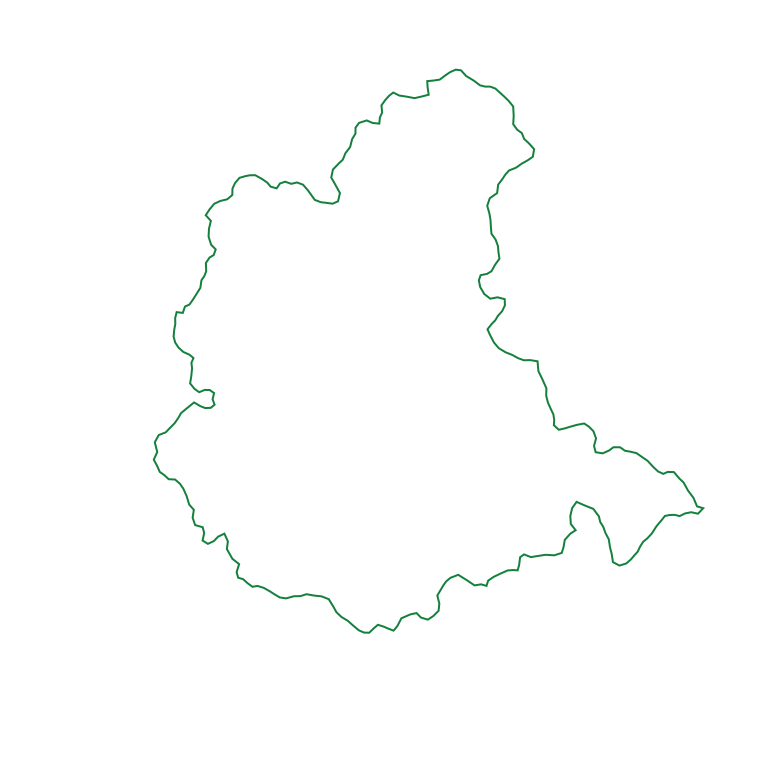 Frei Gaspar, Minas Gerais, Brazil, rotated 336°
{"feature_id": "56859067B78041749577880", "entity_name": "Frei Gaspar", "entity_type": "district", "adm_level": 2, "iso_a3": "BRA", "parent_name": "Brazil", "parent_adm1": "Minas Gerais", "projection": "robinson", "projection_center": [-41.496, -18.141], "detail": "fine", "context": "isolated", "style": "outline", "palette": "green", "viewbox_px": 768, "rotation_deg": 336, "n_neighbors": 0, "source": "geoboundaries", "source_scale": "gbopen_adm2", "svg_char_len": 4210}
<svg xmlns="http://www.w3.org/2000/svg" viewBox="0 0 768 768"><g transform="rotate(336 384 384)"><path d="M612.3,237.0L616.7,230.5L614.1,222.6L611.7,217.1L612.0,210.9L609.1,205.9L607.7,199.2L611.5,191.9L614.9,183.0L613.0,176.0L611.0,170.9L608.5,165.2L606.0,159.5L602.1,155.6L597.3,153.4L593.2,150.2L589.5,143.5L584.3,136.0L581.9,128.7L577.3,126.0L571.2,126.0L565.1,127.1L558.7,128.6L552.6,126.9L546.7,124.9L544.5,130.7L542.5,137.9L535.9,136.8L528.2,135.3L521.7,130.8L515.3,126.7L511.0,121.5L505.7,122.8L500.5,125.2L495.0,128.4L492.7,135.3L488.7,138.8L485.6,144.2L479.8,140.9L475.4,136.2L467.4,135.3L462.2,138.3L459.8,143.6L454.4,147.4L449.5,153.7L442.6,157.5L437.6,162.3L432.0,164.3L424.6,167.3L419.8,173.9L420.6,182.0L421.4,191.7L416.3,198.4L410.4,198.4L404.8,194.9L400.3,192.3L395.6,187.6L394.5,182.0L393.2,175.9L391.1,169.0L386.5,164.5L380.7,163.4L376.0,159.0L370.5,158.5L365.5,161.6L360.7,157.6L359.3,152.6L355.9,147.0L351.3,140.9L346.5,138.8L341.8,137.7L335.8,136.9L329.7,139.8L325.1,143.8L322.3,149.6L316.0,151.5L308.9,150.2L302.2,150.3L295.7,153.5L289.8,157.3L292.2,164.5L287.3,170.9L283.7,178.0L282.7,186.4L285.0,192.6L280.9,196.9L276.1,197.5L270.5,201.0L267.5,208.6L263.9,212.2L259.4,215.0L255.4,221.4L248.9,225.8L243.6,229.3L238.5,232.3L233.7,232.3L229.1,237.2L223.8,234.0L220.0,238.9L217.8,244.2L214.4,249.2L211.1,255.0L210.1,261.2L211.1,267.2L213.7,273.1L218.2,278.1L220.5,282.8L216.7,286.3L215.0,291.7L211.1,298.5L207.1,304.6L208.9,311.3L211.8,316.3L217.8,316.5L222.3,318.6L225.1,323.2L221.2,328.2L220.8,334.0L216.0,335.3L210.8,333.2L207.1,329.4L203.0,323.6L193.3,326.2L186.8,328.0L182.5,331.2L176.9,334.6L170.8,337.0L164.9,339.4L157.5,339.0L150.9,344.0L149.2,353.9L142.9,359.5L143.4,366.2L143.4,373.1L146.2,377.8L148.6,383.4L154.3,386.3L157.0,392.1L158.1,397.9L158.1,406.1L157.0,414.9L159.1,421.6L154.8,428.3L154.1,436.1L160.1,441.1L159.1,447.0L154.6,453.2L158.1,458.4L164.7,458.3L170.3,456.0L177.3,455.8L177.4,464.2L173.3,470.9L174.4,482.1L178.4,489.6L172.8,496.0L172.0,501.6L175.9,505.0L178.4,510.6L181.4,515.8L186.3,517.0L191.3,521.4L195.4,527.0L198.7,532.0L202.0,536.6L207.3,540.0L215.5,541.3L221.4,543.8L227.7,544.5L234.0,548.8L240.6,552.6L246.0,558.1L247.2,566.9L247.7,573.0L250.3,579.4L254.6,585.6L257.6,592.2L260.9,598.9L264.7,603.0L269.3,605.2L275.1,603.1L280.5,601.5L285.1,605.6L288.5,609.3L292.4,613.2L297.7,610.6L304.6,605.1L314.4,605.2L320.6,606.5L322.7,612.3L328.2,617.1L334.8,616.0L341.6,613.4L345.2,607.2L346.7,598.9L352.5,594.8L356.4,592.0L360.6,589.6L365.8,588.1L374.2,588.5L379.9,597.0L384.8,604.8L391.2,606.5L395.5,610.1L399.2,606.0L405.8,604.8L413.3,604.6L420.9,604.6L425.9,606.3L430.3,608.6L433.7,604.5L437.9,597.6L442.6,596.6L447.8,601.9L455.4,603.9L462.0,605.7L470.0,609.8L477.7,610.6L481.7,606.0L485.8,599.9L493.2,596.6L499.6,595.5L497.7,587.9L500.5,580.4L505.4,573.9L512.0,570.0L517.6,576.2L524.4,583.2L526.5,592.3L525.4,598.1L526.2,603.6L525.7,610.3L526.2,617.3L524.1,624.9L522.8,632.2L520.7,639.8L525.2,645.6L532.2,646.5L538.2,644.7L542.7,642.5L547.5,640.4L552.1,636.5L556.7,633.5L561.5,632.2L567.7,629.6L575.2,624.7L582.0,621.4L587.0,618.8L591.7,619.9L596.4,621.8L600.3,624.9L606.4,624.7L612.5,626.1L618.1,630.2L625.1,627.3L620.2,623.1L620.4,613.8L618.4,605.1L617.6,595.7L615.5,590.8L613.0,582.4L607.4,579.7L602.6,579.7L598.8,575.4L596.2,569.2L593.5,561.3L589.7,555.1L586.6,549.9L581.8,546.2L577.0,543.0L573.9,537.8L567.9,535.1L562.5,536.3L555.6,536.3L549.6,532.4L550.7,526.0L555.6,519.9L556.1,512.3L553.8,506.2L550.8,501.5L543.7,499.8L537.6,498.9L531.3,498.1L525.1,496.9L522.4,490.8L524.9,486.1L526.4,480.5L526.2,474.4L526.2,467.6L527.4,460.7L530.6,454.0L530.6,443.4L530.3,435.0L533.5,425.7L527.2,421.6L521.4,419.2L517.0,414.9L512.8,409.4L507.9,404.4L503.4,398.0L501.3,390.7L500.8,381.9L500.8,376.1L506.9,372.9L511.5,371.1L515.7,368.1L521.4,365.6L526.4,361.4L528.8,355.6L523.0,351.0L515.8,349.3L512.2,342.6L511.3,334.6L512.8,327.9L516.5,323.9L522.9,325.3L528.0,324.7L533.9,320.3L540.4,316.5L542.3,309.8L544.2,304.3L544.7,297.5L543.3,290.4L545.5,284.1L548.0,277.4L549.6,271.3L550.8,263.2L556.2,257.3L565.0,255.6L569.4,248.3L575.4,245.0L580.1,242.0L585.1,239.8L592.5,240.1L599.6,238.7L606.2,238.1L612.3,237.0Z" fill="none" stroke="#15803d" stroke-width="2"/></g></svg>